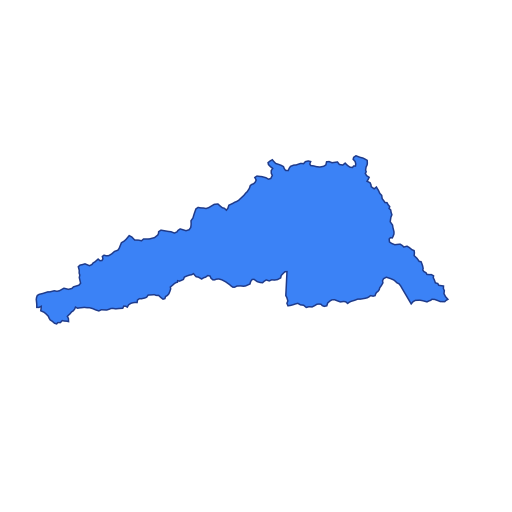 outline of Arenópolis, Goiás, Brazil, rotated 288°
{"feature_id": "56859067B45082876942592", "entity_name": "Arenópolis", "entity_type": "district", "adm_level": 2, "iso_a3": "BRA", "parent_name": "Brazil", "parent_adm1": "Goiás", "projection": "robinson", "projection_center": [-51.603, -16.343], "detail": "fine", "context": "isolated", "style": "filled", "palette": "blue", "viewbox_px": 512, "rotation_deg": 288, "n_neighbors": 0, "source": "geoboundaries", "source_scale": "gbopen_adm2", "svg_char_len": 5483}
<svg xmlns="http://www.w3.org/2000/svg" viewBox="0 0 512 512"><g transform="rotate(288 256 256)"><path d="M251.2,157.6L249.0,155.9L247.3,156.3L245.6,156.1L242.1,153.8L239.2,149.2L237.4,143.8L235.1,142.4L234.8,139.4L233.7,135.7L235.7,132.0L236.2,129.1L231.7,127.3L229.4,126.0L227.0,123.9L221.0,123.5L218.8,122.8L216.6,120.0L213.4,118.1L210.8,115.8L209.9,113.5L209.8,111.2L208.1,110.0L206.0,111.3L204.1,110.9L203.3,109.1L204.3,106.8L200.6,104.6L199.0,103.2L197.2,102.6L195.3,100.6L195.7,95.8L194.0,93.3L193.0,91.5L190.9,90.3L187.8,92.3L185.1,93.1L183.4,94.3L180.9,94.6L175.9,97.6L173.5,96.6L171.7,94.0L170.2,91.9L168.3,91.0L166.3,87.9L166.0,83.3L162.3,79.9L160.9,77.6L160.6,74.9L158.2,71.1L157.5,69.0L154.6,65.0L152.5,61.6L150.9,60.2L148.9,60.1L146.9,60.4L142.6,62.3L139.4,63.4L140.0,65.4L141.8,67.3L139.4,67.9L137.4,68.2L137.0,71.8L136.1,74.1L134.6,77.0L132.7,78.7L131.6,80.0L130.9,82.6L129.8,85.1L129.8,87.4L131.4,88.0L132.2,90.5L134.7,91.7L134.9,93.7L135.5,96.0L135.7,98.0L138.6,96.9L140.3,95.2L141.9,96.0L143.4,96.9L145.9,97.9L147.2,99.0L149.3,99.9L151.6,100.1L151.2,102.4L152.2,104.3L153.0,106.2L154.1,108.6L154.6,111.2L155.4,113.8L155.5,117.1L155.2,120.1L155.2,123.5L157.1,125.5L157.8,128.2L158.5,130.7L160.0,132.8L161.3,134.3L162.0,136.4L162.4,138.9L163.7,141.8L165.1,145.4L167.4,145.7L168.0,147.6L167.6,149.4L170.2,149.9L172.4,151.7L173.5,153.4L174.4,155.2L175.0,157.3L177.5,156.9L179.4,158.3L179.9,160.2L181.7,163.2L183.0,164.7L185.5,165.5L186.8,168.8L187.8,171.2L187.7,173.3L188.4,175.6L187.0,178.6L186.2,180.9L187.3,182.5L189.5,182.5L191.1,183.9L193.2,184.8L195.9,185.0L198.4,185.0L200.0,184.1L202.5,185.7L204.4,186.8L205.9,188.0L206.8,189.4L208.3,189.1L208.4,190.9L209.7,192.5L211.3,194.2L213.8,194.4L215.7,196.5L217.4,198.8L218.3,200.6L219.9,202.0L218.6,204.0L217.8,205.5L218.1,207.7L217.7,209.6L217.3,211.4L219.2,213.0L220.3,214.6L222.5,216.2L222.7,218.5L221.0,220.0L220.0,222.3L220.5,224.0L221.7,225.4L222.7,227.8L222.8,230.9L222.1,235.0L220.6,239.8L219.8,241.6L219.2,243.6L219.8,245.4L221.5,247.1L222.8,250.5L223.4,253.5L224.3,255.3L227.5,258.9L230.2,258.8L232.5,259.6L233.2,261.3L232.0,265.1L232.1,268.2L232.6,270.5L234.4,271.5L236.4,273.1L236.4,276.3L238.2,278.3L238.8,280.9L240.2,283.7L242.8,286.2L245.3,286.0L248.2,287.4L250.0,288.4L250.7,290.3L227.5,296.6L226.1,298.1L223.1,300.2L220.6,300.0L218.5,301.8L219.6,304.0L220.9,306.0L222.8,308.6L223.9,310.4L223.3,313.4L223.9,316.5L222.6,319.7L224.1,322.0L224.9,325.1L226.9,327.1L229.0,328.9L229.8,330.8L230.2,332.7L229.3,334.4L229.2,336.5L230.5,338.7L233.5,338.7L236.3,340.4L237.8,341.8L238.7,344.2L238.5,347.3L238.4,350.4L239.8,353.3L240.2,355.4L239.2,357.8L240.8,358.9L242.3,360.5L244.5,363.7L246.4,366.0L247.3,368.7L248.4,370.8L249.5,372.9L250.7,374.8L252.1,376.1L253.7,377.2L254.0,379.8L255.1,381.5L257.0,381.5L258.6,381.9L260.0,382.9L262.0,383.6L264.0,383.5L266.4,384.3L269.7,385.0L271.5,384.0L273.8,384.3L276.1,386.5L276.1,388.6L276.1,390.8L275.8,394.3L275.1,396.2L274.1,398.2L273.7,400.7L272.2,402.9L270.8,404.4L258.4,418.4L261.1,419.5L263.0,421.2L264.6,425.4L265.0,428.4L265.1,430.4L265.2,432.8L266.7,434.3L267.8,435.8L269.2,436.7L269.9,439.3L269.8,442.4L269.6,445.4L270.9,449.6L272.4,450.4L274.1,451.9L275.9,448.8L278.3,446.4L281.3,445.8L282.9,444.3L285.4,443.6L284.6,438.8L286.0,437.4L285.9,434.9L288.5,432.9L290.1,431.3L292.0,431.0L292.5,428.5L291.7,426.0L291.3,424.2L292.6,422.9L293.1,420.4L294.3,418.9L295.8,418.8L298.1,417.5L300.2,415.9L301.6,414.7L301.3,412.9L302.4,411.4L303.6,409.7L305.2,406.3L307.9,405.7L310.0,404.7L310.2,402.3L311.4,399.2L312.0,396.6L310.2,393.8L311.1,392.1L311.8,389.4L310.7,386.9L309.6,384.5L309.9,381.0L310.6,378.6L313.3,377.4L315.0,378.2L315.3,380.0L317.1,380.3L319.5,380.4L321.5,379.8L323.2,378.8L325.4,377.4L327.6,376.3L330.0,373.1L332.0,372.7L334.6,372.3L337.2,372.5L339.3,371.0L341.5,369.8L342.3,367.9L344.3,367.9L345.6,365.8L347.2,364.1L346.7,362.1L348.0,360.5L349.5,358.3L352.5,356.8L353.8,354.4L356.3,352.1L357.6,350.5L358.8,349.2L356.4,347.6L357.5,344.2L359.3,343.3L360.9,341.9L361.4,338.5L363.5,339.0L365.8,339.3L366.6,336.3L368.4,334.4L370.1,334.8L371.5,333.7L374.5,333.2L377.1,333.5L378.7,333.2L381.3,332.2L381.9,329.5L382.2,327.3L382.0,324.4L382.2,320.1L380.0,318.4L378.0,318.5L376.5,321.1L374.4,322.4L372.3,322.8L371.7,321.0L370.0,320.4L369.5,318.0L370.1,315.9L370.8,314.2L371.9,312.1L369.3,310.4L368.8,307.0L370.6,304.4L368.2,299.5L368.4,296.3L367.4,294.0L364.2,294.3L362.2,292.6L360.3,289.2L359.6,285.6L359.5,283.1L358.9,280.1L360.1,278.7L362.7,278.8L362.5,276.3L361.0,273.8L358.5,272.7L357.9,270.0L356.4,267.9L355.0,266.1L354.1,263.8L351.9,261.1L349.8,260.5L347.2,260.2L346.5,257.7L347.8,255.9L349.5,254.5L350.0,251.9L350.1,249.1L350.1,246.1L351.6,243.3L352.6,241.8L350.8,240.1L348.5,238.6L346.8,239.6L345.4,242.2L344.5,244.8L341.9,244.1L339.5,244.9L337.7,246.6L334.3,246.1L332.9,244.2L333.5,241.3L333.4,238.9L333.3,237.0L332.8,234.8L332.3,232.2L330.3,230.6L328.3,232.7L325.8,232.4L324.0,231.4L322.9,230.0L321.3,228.8L318.3,228.8L314.5,227.8L312.7,226.8L310.0,225.8L305.7,223.4L303.6,222.3L301.8,220.7L300.6,219.2L298.9,217.7L295.9,214.5L292.7,214.5L290.4,213.7L291.6,211.2L291.5,209.0L292.5,206.4L293.7,203.7L292.2,200.3L287.4,196.1L285.7,193.8L285.4,191.3L284.6,188.3L284.3,185.9L282.2,184.3L277.9,184.2L275.1,184.2L272.7,184.3L269.4,183.3L266.5,184.4L264.8,184.8L262.9,185.1L260.3,184.3L258.4,181.6L258.4,179.3L258.3,175.5L256.2,173.9L254.5,173.4L252.6,171.3L252.8,167.7L252.2,164.6L251.2,157.6Z" fill="#3b82f6" stroke="#1e3a8a" stroke-width="1.5"/></g></svg>